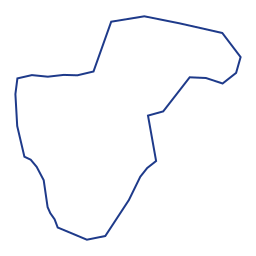 outline of Oyam
{"feature_id": "UGA-3103", "entity_name": "Oyam", "entity_type": "County", "adm_level": 1, "iso_a3": "UGA", "parent_name": "Uganda", "parent_adm1": "", "projection": "mercator", "projection_center": [32.488, 2.331], "detail": "fine", "context": "isolated", "style": "outline", "palette": "blue", "viewbox_px": 256, "rotation_deg": 0, "n_neighbors": 0, "source": "natural_earth", "source_scale": "10m", "svg_char_len": 513}
<svg xmlns="http://www.w3.org/2000/svg" viewBox="0 0 256 256"><path d="M240.6,57.1L236.1,72.9L222.6,83.5L205.9,78.0L189.7,77.3L163.2,111.4L148.0,115.6L156.1,161.0L147.2,168.0L140.3,176.7L135.7,186.1L128.9,200.0L105.3,236.0L86.9,239.7L57.7,227.5L54.6,219.3L50.3,213.2L47.6,207.1L43.7,180.2L36.7,166.9L30.7,159.7L24.4,156.7L17.2,126.0L15.4,94.1L17.4,78.4L31.9,75.1L47.8,76.7L63.7,74.9L77.4,75.3L93.5,71.5L111.2,21.7L144.3,16.3L179.4,23.3L222.3,33.0L240.6,57.1Z" fill="none" stroke="#1e3a8a" stroke-width="2"/></svg>